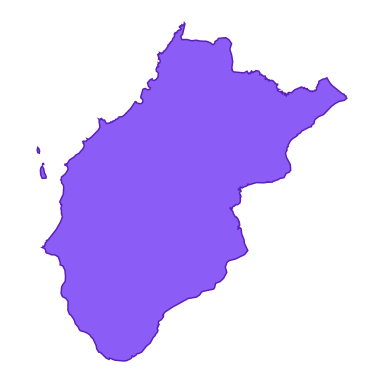 the district of Sumba Timur, Nusa Tenggara Timur, Indonesia, rotated 90°
{"feature_id": "22746128B15873256673931", "entity_name": "Sumba Timur", "entity_type": "district", "adm_level": 2, "iso_a3": "IDN", "parent_name": "Indonesia", "parent_adm1": "Nusa Tenggara Timur", "projection": "mercator", "projection_center": [120.165, -9.805], "detail": "fine", "context": "isolated", "style": "filled", "palette": "violet", "viewbox_px": 384, "rotation_deg": 90, "n_neighbors": 0, "source": "geoboundaries", "source_scale": "gbopen_adm2", "svg_char_len": 5892}
<svg xmlns="http://www.w3.org/2000/svg" viewBox="0 0 384 384"><g transform="rotate(90 192 192)"><path d="M34.4,201.5L23.3,198.9L23.9,199.1L23.0,199.7L24.7,200.0L24.9,201.2L25.6,201.3L25.9,202.8L25.6,202.8L26.4,203.4L26.0,203.7L26.5,204.4L26.9,203.9L27.4,204.3L28.5,203.1L29.4,203.1L30.0,203.8L29.9,204.8L31.3,206.8L32.9,207.2L32.6,208.8L33.6,208.8L33.8,209.6L36.7,209.6L38.6,211.2L41.0,211.9L41.6,213.0L43.2,213.8L43.3,214.5L43.8,214.4L44.8,215.3L44.9,215.9L46.4,216.1L50.0,218.5L51.3,220.3L52.8,221.1L52.6,221.8L53.7,222.5L52.7,224.2L53.3,224.0L54.5,225.2L53.9,225.5L54.5,226.1L54.8,225.4L55.4,226.0L57.6,225.2L58.8,225.4L58.5,224.9L59.3,225.1L59.7,224.0L61.4,223.8L62.5,224.1L63.1,224.6L62.9,225.2L63.3,224.9L63.6,225.7L65.0,226.3L66.5,225.4L67.0,225.9L66.9,226.9L69.2,227.9L71.4,227.5L71.9,226.5L73.4,225.6L77.3,226.1L79.5,228.0L80.5,229.8L80.0,231.8L78.8,231.9L79.8,233.9L82.9,236.5L86.6,235.5L87.8,233.6L89.5,234.3L89.6,237.3L88.5,238.3L88.8,240.2L89.5,241.1L97.1,243.3L98.5,242.8L98.9,241.8L100.2,241.1L102.4,241.3L103.6,242.9L103.7,244.3L102.9,247.5L101.9,247.7L101.6,248.7L108.5,253.3L115.5,260.1L116.7,262.0L116.9,264.9L119.3,267.0L119.3,268.1L120.7,269.4L121.0,271.0L122.3,272.1L121.9,273.1L122.5,273.2L122.9,274.2L123.5,277.6L120.1,279.5L120.4,280.4L118.7,282.4L119.1,282.5L118.9,283.3L119.5,283.2L119.7,284.0L119.2,285.1L120.1,284.5L120.9,285.0L127.1,284.1L130.0,285.6L137.1,292.6L139.3,295.6L138.8,296.8L139.5,296.4L141.2,298.0L141.2,300.4L140.6,300.8L141.3,300.6L141.5,301.1L142.1,300.5L142.9,301.0L143.4,300.2L146.2,299.8L148.7,301.0L153.4,305.1L154.9,308.0L157.1,310.0L159.8,314.3L164.1,317.1L163.8,317.8L164.7,318.1L164.4,319.1L165.0,319.1L166.3,316.7L168.6,315.9L170.4,316.5L173.7,318.5L177.2,322.6L179.2,322.6L179.8,323.2L180.1,322.7L183.2,322.2L185.0,320.7L186.9,320.3L194.1,320.7L202.0,324.3L203.5,323.2L204.4,323.2L204.6,322.3L208.8,323.1L210.8,322.5L213.2,322.6L216.6,321.6L217.6,321.8L222.2,323.6L229.5,327.8L239.8,335.8L240.5,337.5L241.4,337.2L243.2,338.9L244.6,338.6L244.9,339.2L246.3,339.6L246.3,341.0L247.2,340.6L247.5,341.7L248.6,339.2L250.5,338.3L251.9,338.4L253.1,337.2L253.8,334.5L254.7,332.9L254.9,329.1L256.8,325.8L262.6,323.7L264.8,323.9L265.9,321.2L270.1,319.1L275.9,318.5L280.4,318.7L281.8,319.1L284.9,321.4L287.2,322.4L293.5,322.9L296.6,321.5L298.4,318.1L301.3,315.9L310.1,316.1L314.3,314.5L315.1,313.1L319.5,310.0L323.8,308.6L327.0,305.8L329.9,304.5L330.8,303.4L331.8,299.7L333.4,296.2L335.2,293.9L337.2,292.7L338.7,291.0L345.3,287.9L349.0,287.2L352.1,285.3L352.4,283.6L358.0,277.9L359.4,274.9L358.1,274.2L360.2,269.0L361.0,260.1L360.6,257.3L358.7,253.3L357.4,252.1L356.1,252.0L356.7,250.3L355.0,247.9L353.9,247.3L353.4,245.0L352.0,242.2L346.6,238.0L343.0,233.8L337.5,230.8L335.6,228.9L334.6,228.7L332.1,226.6L330.1,226.0L329.8,226.5L328.3,226.8L326.4,226.2L326.8,226.0L324.3,224.9L323.4,225.7L322.4,225.7L321.2,225.1L319.8,222.8L317.2,220.8L315.5,220.5L315.3,221.2L312.3,219.3L307.2,211.7L298.5,195.9L297.1,187.5L294.9,184.3L292.2,182.6L291.4,181.3L289.1,170.5L287.7,169.4L283.3,168.4L281.7,164.1L278.3,160.4L272.2,157.2L267.3,158.7L262.2,157.0L260.5,154.5L259.0,148.6L254.6,139.5L250.6,136.2L243.3,139.6L239.8,140.0L234.0,142.3L228.8,142.9L227.2,144.6L228.2,144.9L229.0,146.0L226.1,145.7L225.2,144.3L221.9,144.7L221.7,145.4L220.7,145.3L218.4,146.4L217.1,147.6L217.4,147.8L216.8,148.7L213.8,150.5L211.2,151.3L209.2,153.4L208.1,153.9L207.8,153.7L208.9,153.0L209.2,152.2L208.8,151.7L208.2,152.1L206.4,150.9L206.0,149.5L204.7,148.2L204.7,146.5L203.0,144.1L200.5,143.6L197.1,143.8L197.1,143.3L196.1,143.0L195.8,143.6L194.5,143.7L194.2,144.4L192.3,144.3L191.1,142.9L190.2,143.8L189.8,145.6L189.1,145.5L188.8,145.1L189.2,143.6L187.7,144.1L187.0,143.7L188.0,141.9L187.5,141.6L185.9,137.2L185.1,136.3L184.3,136.4L184.2,135.6L184.9,135.4L182.6,127.6L182.8,120.0L182.2,116.2L181.8,116.4L181.7,115.5L182.2,115.1L182.1,111.7L181.4,111.1L179.9,106.4L178.5,104.0L177.6,99.9L173.4,97.9L172.3,94.9L170.1,93.3L164.5,93.7L157.4,97.5L153.8,98.4L152.6,98.3L150.1,97.0L148.1,97.2L146.4,95.8L146.2,96.2L144.8,95.7L141.2,93.8L139.3,92.2L135.9,87.1L135.2,86.5L134.9,86.9L134.6,86.7L133.0,83.8L131.0,82.1L127.1,74.7L126.7,72.6L125.2,72.4L123.6,70.1L120.5,69.5L119.0,68.4L116.6,65.4L114.5,60.4L106.3,52.5L103.5,48.8L101.4,44.9L100.4,39.8L98.3,37.2L97.3,38.0L96.1,38.0L95.4,39.5L94.4,39.8L93.6,41.9L85.5,51.9L82.6,54.4L77.8,57.1L78.8,58.8L79.1,61.0L81.2,65.0L84.2,65.6L84.6,66.3L86.2,66.6L87.5,67.6L89.4,67.4L90.7,68.5L90.3,69.4L90.9,69.7L91.4,71.0L91.1,71.5L91.7,72.0L90.9,73.2L91.3,74.2L90.0,75.4L89.5,77.1L88.7,76.9L88.7,78.6L87.8,79.5L88.4,79.8L88.5,80.4L87.6,80.9L87.0,82.7L87.6,83.0L87.3,83.3L89.8,89.3L92.8,92.6L92.4,95.2L93.0,96.0L94.3,95.6L94.0,96.9L95.6,97.5L94.6,98.0L95.5,98.2L94.8,99.5L93.2,99.0L93.0,100.6L94.0,101.4L93.0,101.8L92.7,102.5L92.1,101.4L91.3,101.8L91.6,104.2L90.7,106.4L89.7,106.3L89.3,105.1L89.0,106.4L87.0,107.5L86.0,107.4L84.9,106.3L84.2,106.4L84.0,108.1L80.9,110.9L80.3,112.2L80.8,115.3L79.7,115.1L79.7,116.2L78.5,117.2L79.3,117.8L79.4,118.5L78.6,118.9L78.0,118.2L76.0,118.9L76.3,120.7L75.4,121.3L75.2,122.3L74.4,122.5L74.6,124.2L72.9,124.1L71.1,125.3L70.6,128.2L71.3,128.7L71.6,130.1L72.3,130.4L72.4,131.4L71.0,132.4L71.9,133.1L72.0,132.5L72.6,132.5L73.6,133.8L73.1,134.7L73.9,135.4L71.2,137.0L72.9,140.1L71.9,150.3L70.2,152.1L69.4,151.7L68.1,152.2L61.9,151.3L55.4,152.3L49.1,154.2L43.7,152.4L39.8,155.0L37.7,158.1L38.4,165.6L39.8,166.3L41.5,169.0L42.3,168.8L44.4,170.3L44.7,171.2L42.7,173.7L41.3,177.5L41.0,184.2L40.2,187.8L40.8,192.3L39.5,197.0L39.6,202.2L36.2,203.2L34.4,201.5ZM178.1,338.0L177.0,337.8L174.2,338.7L173.1,339.6L168.8,340.3L166.1,341.8L167.4,342.9L169.8,343.6L174.6,343.3L177.9,342.1L178.3,341.4L178.1,338.0ZM150.2,346.8L152.6,346.2L153.2,344.7L150.7,344.4L148.4,345.3L147.5,346.3L150.2,346.8ZM164.4,340.3L163.5,340.5L163.4,341.1L164.1,341.5L164.7,341.1L164.4,340.3Z" fill="#8b5cf6" stroke="#5b21b6" stroke-width="1.5"/></g></svg>